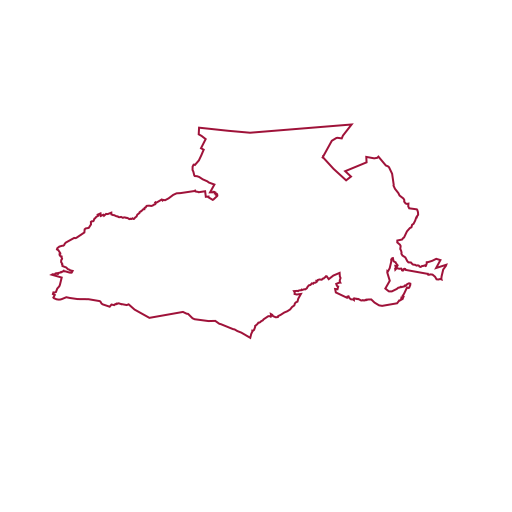 Tula de Allende, Hidalgo, Mexico, rotated 310°
{"feature_id": "50627088B26454050476732", "entity_name": "Tula de Allende", "entity_type": "district", "adm_level": 2, "iso_a3": "MEX", "parent_name": "Mexico", "parent_adm1": "Hidalgo", "projection": "orthographic", "projection_center": [-99.373, 20.05], "detail": "fine", "context": "isolated", "style": "outline", "palette": "rose", "viewbox_px": 512, "rotation_deg": 310, "n_neighbors": 0, "source": "geoboundaries", "source_scale": "gbopen_adm2", "svg_char_len": 6152}
<svg xmlns="http://www.w3.org/2000/svg" viewBox="0 0 512 512"><g transform="rotate(310 256 256)"><path d="M132.6,184.0L132.8,184.0L135.3,188.5L137.1,189.5L136.9,197.4L140.1,214.1L166.2,236.0L167.2,239.9L168.0,241.2L167.5,247.4L168.1,249.6L175.6,261.4L180.1,266.5L180.5,271.5L181.2,272.9L185.2,285.4L186.0,286.8L186.5,289.9L187.9,294.1L189.6,304.2L193.3,302.4L195.7,301.8L196.5,301.1L197.0,301.8L198.2,302.0L201.2,300.9L201.8,300.3L204.5,300.8L206.5,300.7L206.7,301.1L208.1,301.8L209.2,301.8L211.1,302.6L212.3,302.5L217.8,304.1L218.9,305.5L219.0,306.3L219.9,306.1L221.1,304.7L221.4,306.3L220.9,307.5L221.1,308.4L221.8,310.6L223.3,312.0L224.2,311.6L226.7,312.7L230.9,314.0L233.8,315.5L237.0,316.5L240.1,316.4L242.8,317.1L244.6,316.3L246.0,316.3L247.7,317.1L250.5,315.8L255.8,314.8L252.7,312.0L251.7,310.0L253.1,308.9L253.5,307.7L255.8,310.0L256.1,310.8L257.3,311.1L258.8,312.6L259.5,312.6L259.5,313.1L261.6,314.4L262.1,315.2L264.0,315.7L264.9,315.4L267.4,315.3L268.8,316.3L271.0,316.4L271.5,317.6L272.6,317.5L273.8,318.7L275.3,319.1L275.9,318.2L276.7,319.0L277.4,318.8L278.8,319.7L280.1,321.6L281.6,321.7L282.2,322.3L283.7,322.4L284.2,322.7L285.5,322.6L285.9,323.2L285.0,326.6L290.7,327.8L296.8,330.9L294.3,333.3L293.5,334.9L291.2,335.8L290.2,336.8L289.8,337.7L289.0,336.8L286.2,335.4L285.3,336.9L285.1,338.0L285.4,338.6L282.9,339.8L281.6,337.8L279.4,340.6L282.5,352.5L283.6,352.1L284.6,352.8L283.9,354.2L283.8,355.8L283.9,356.7L285.1,358.2L285.2,359.3L286.4,358.3L286.8,358.6L287.8,360.8L288.1,360.8L288.5,361.9L288.9,362.1L289.4,364.8L290.0,365.8L290.9,366.2L291.3,367.4L293.0,368.2L293.5,368.6L293.2,368.9L294.7,369.8L296.8,372.2L296.5,376.7L297.3,382.0L298.9,384.7L310.5,394.5L314.0,394.3L314.1,394.7L316.3,395.5L316.6,394.7L317.4,394.3L317.6,395.8L319.8,395.1L319.6,394.0L322.1,393.7L327.9,392.2L329.0,392.0L329.3,393.2L330.2,393.7L333.0,392.8L334.0,392.0L333.5,390.8L331.6,389.9L330.1,389.9L329.2,389.0L328.7,389.0L328.4,389.4L325.4,387.2L325.5,386.7L324.1,386.2L323.2,385.4L321.2,385.0L316.2,382.8L314.3,380.5L314.2,376.0L323.0,374.4L327.7,367.2L328.8,366.4L328.8,367.0L332.5,366.3L338.7,363.2L340.3,361.8L341.9,361.8L342.4,362.2L340.6,364.5L340.5,365.4L340.9,367.1L340.4,367.9L339.9,370.5L338.9,370.7L338.9,370.2L338.5,370.1L338.0,369.2L337.5,369.9L337.9,370.8L337.7,371.0L335.8,370.7L335.1,371.5L337.1,371.6L338.4,374.1L339.7,375.3L339.2,376.9L338.9,377.1L339.2,377.9L340.5,377.9L340.9,377.6L341.6,377.9L342.0,378.7L341.5,379.5L352.5,398.7L352.4,399.4L352.8,399.4L352.7,400.5L354.1,401.5L355.2,403.2L355.2,406.5L354.2,409.3L355.2,410.8L356.8,411.9L357.3,413.2L357.8,412.5L359.8,411.2L366.0,408.1L370.5,407.8L371.6,407.4L362.6,401.7L371.4,399.9L369.7,395.9L365.6,394.1L362.0,391.8L361.0,390.8L359.8,391.7L357.6,392.5L357.3,392.3L357.6,391.5L355.6,390.3L355.2,389.7L353.5,389.2L353.0,388.1L353.3,387.1L352.9,386.0L351.8,385.1L351.5,383.5L350.4,381.9L350.3,381.0L350.6,378.8L349.1,376.9L349.3,375.2L350.9,371.3L350.5,367.9L351.2,365.9L352.3,365.2L353.4,363.6L354.1,362.0L356.6,360.4L357.2,359.0L357.2,355.5L358.7,354.3L362.5,357.3L364.3,357.2L365.4,357.5L371.9,355.8L376.3,355.9L377.9,356.6L380.3,355.5L381.9,356.0L385.4,355.2L388.5,354.0L389.2,353.9L389.2,354.2L390.4,353.8L391.8,353.7L393.7,351.9L394.9,350.0L395.1,349.2L391.0,342.7L391.9,340.7L394.1,339.1L392.9,338.1L392.4,336.8L392.9,334.6L394.2,333.6L394.8,332.0L394.6,327.1L395.7,324.6L396.8,319.3L398.3,316.1L399.0,315.8L406.5,307.4L409.5,300.8L409.5,299.4L408.8,297.3L410.8,285.9L409.2,285.8L406.8,283.8L402.8,276.8L398.8,280.5L378.3,269.8L377.9,277.7L371.9,276.4L372.6,259.4L374.6,244.3L374.4,244.5L374.3,243.7L393.0,240.0L398.0,241.7L398.9,242.4L401.2,246.1L404.1,245.2L418.2,244.7L346.6,172.2L333.9,154.0L317.7,129.9L312.4,133.9L313.0,137.1L313.2,142.3L303.2,144.6L303.8,147.6L297.9,149.4L292.5,150.8L286.5,150.7L286.3,149.9L285.9,149.5L283.7,150.0L281.1,152.1L280.4,153.7L278.0,157.0L277.9,157.7L279.2,159.5L280.0,161.6L280.5,165.9L281.9,170.7L282.0,172.7L284.0,178.2L275.2,179.9L277.4,182.4L277.8,182.1L278.2,182.7L277.8,182.9L278.4,184.0L277.5,184.4L278.1,185.3L277.6,185.6L278.0,186.1L277.6,186.2L278.1,186.7L277.8,187.3L277.1,187.7L272.1,187.1L271.2,186.8L270.4,181.9L271.0,181.4L269.1,179.5L272.9,175.4L268.0,171.1L267.9,170.5L266.7,168.5L266.9,167.5L266.4,167.6L266.0,166.9L255.5,157.6L253.0,154.9L249.6,153.3L244.0,152.0L240.3,150.5L239.4,149.0L238.4,148.8L238.7,147.5L232.5,145.3L232.6,144.5L232.1,144.4L231.9,145.0L231.2,145.5L230.3,145.3L229.6,144.7L228.4,144.5L227.1,143.7L225.8,141.7L224.2,140.1L223.6,140.0L222.4,140.3L221.4,139.7L220.1,140.4L219.5,139.6L216.4,139.3L216.2,139.0L214.6,138.7L214.0,139.1L211.4,138.5L209.5,139.1L207.7,138.7L206.0,138.7L205.6,138.3L205.5,137.2L204.3,136.8L203.8,135.8L203.4,135.8L202.8,135.2L202.6,133.4L202.2,132.4L201.7,132.1L201.5,131.2L200.8,130.1L199.7,129.5L199.2,127.5L198.2,126.8L197.4,125.6L197.5,124.7L196.7,123.5L196.1,121.1L195.4,120.1L194.9,118.5L196.2,117.3L192.9,115.5L192.3,114.9L191.9,114.1L189.1,113.7L189.5,112.6L187.0,111.4L188.7,109.5L186.0,108.2L185.7,109.4L183.5,108.5L181.4,108.5L180.8,108.2L178.5,109.0L177.8,108.8L176.9,107.8L176.0,107.6L174.1,109.3L170.0,109.8L167.6,107.8L166.3,107.6L163.7,109.4L154.4,106.7L153.4,106.0L153.0,105.1L144.1,101.7L142.5,101.6L141.2,102.0L140.1,101.8L139.2,100.9L136.8,99.3L134.3,98.8L133.1,99.3L133.4,100.8L132.3,104.4L131.9,104.7L131.1,104.3L130.5,105.0L130.2,106.0L130.7,107.4L129.9,107.8L129.5,109.0L128.7,109.4L127.7,109.4L126.1,110.6L125.4,112.7L124.8,112.9L124.7,113.5L123.9,114.2L125.2,118.0L125.0,120.5L125.6,122.0L125.5,122.7L126.7,125.1L124.9,125.5L124.5,125.3L123.5,123.9L121.7,119.8L120.9,118.8L121.1,118.2L119.4,117.8L118.6,117.0L118.2,117.2L116.1,115.6L115.1,115.9L114.8,115.6L115.6,115.3L114.3,114.0L113.7,113.6L112.4,113.7L111.4,112.0L110.4,111.6L114.6,121.0L107.9,124.3L106.3,124.8L103.3,124.7L99.8,125.9L98.6,125.2L97.9,124.2L96.3,124.9L96.8,126.9L93.9,127.5L93.8,128.3L94.6,131.0L95.7,132.8L96.8,134.0L98.1,134.9L102.5,137.2L104.2,140.4L108.3,147.0L115.2,155.4L121.0,165.3L121.0,166.3L120.3,168.2L120.4,169.6L123.1,176.5L125.9,176.5L127.2,178.9L128.0,178.9L129.7,179.7L129.4,180.0L131.5,181.2L132.6,184.0Z" fill="none" stroke="#9f1239" stroke-width="2"/></g></svg>